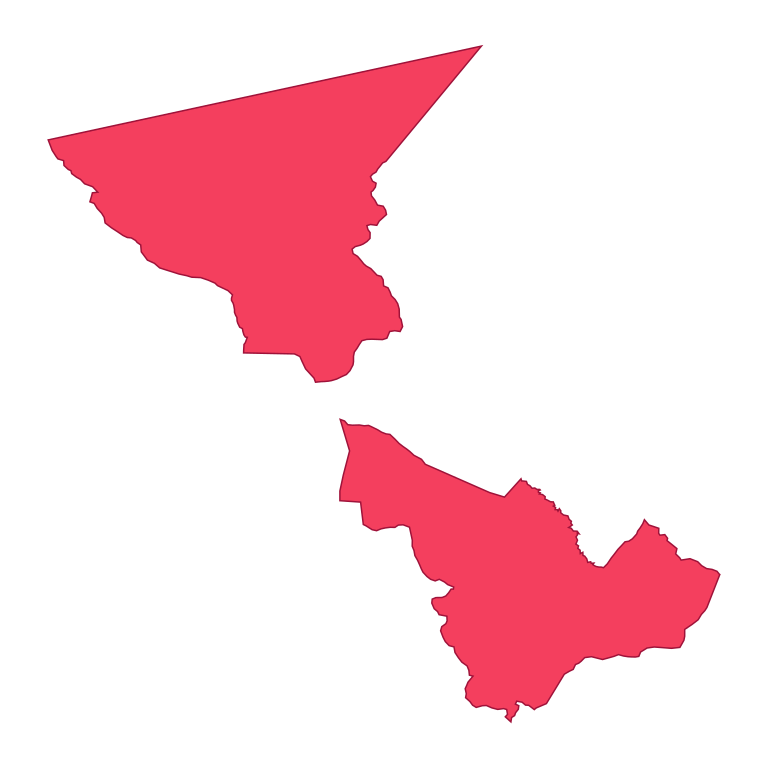 Wabag District, Enga, Papua New Guinea (orthographic projection)
{"feature_id": "67681753B54237044330512", "entity_name": "Wabag District", "entity_type": "district", "adm_level": 2, "iso_a3": "PNG", "parent_name": "Papua New Guinea", "parent_adm1": "Enga", "projection": "orthographic", "projection_center": [143.621, -5.349], "detail": "fine", "context": "isolated", "style": "filled", "palette": "rose", "viewbox_px": 768, "rotation_deg": 0, "n_neighbors": 0, "source": "geoboundaries", "source_scale": "gbopen_adm2", "svg_char_len": 4816}
<svg xmlns="http://www.w3.org/2000/svg" viewBox="0 0 768 768"><path d="M48.2,139.9L52.2,150.4L56.1,156.5L57.9,158.9L63.6,160.6L64.0,165.5L68.3,169.5L70.9,170.6L71.7,173.6L76.4,177.1L80.5,179.4L84.6,183.8L92.6,186.7L97.8,192.2L92.4,192.8L91.4,196.7L89.9,201.8L94.2,203.4L97.2,208.4L101.6,213.2L104.2,217.4L105.1,222.9L111.5,227.8L117.2,231.5L123.1,235.5L127.3,237.5L131.3,237.9L135.6,240.5L137.2,242.5L140.7,244.9L141.3,251.9L144.3,255.9L147.4,260.1L154.4,263.3L159.7,267.9L167.2,270.3L173.0,272.1L178.9,274.0L186.8,275.7L191.7,277.2L200.7,277.6L207.8,280.0L215.0,283.1L217.5,285.6L228.0,290.6L232.5,294.9L231.5,298.2L231.5,300.4L233.0,303.0L233.7,305.1L234.5,309.6L234.5,312.3L235.6,315.2L236.9,317.4L237.1,321.0L237.8,323.3L239.7,327.2L242.4,328.6L242.9,331.4L243.9,334.8L245.4,337.1L247.3,337.3L245.3,342.7L244.0,344.4L243.9,346.7L243.7,349.5L243.6,352.9L294.4,353.9L299.9,356.5L302.1,361.5L305.6,368.9L310.7,374.5L314.0,378.1L315.5,382.2L321.4,381.6L324.4,381.5L328.7,381.1L331.5,380.6L336.8,379.0L341.5,376.7L346.4,374.5L350.0,370.6L353.0,364.9L353.5,361.7L353.5,356.3L354.3,352.1L357.1,348.2L359.5,344.2L361.9,340.7L366.8,339.4L371.9,339.2L377.5,339.4L382.5,339.6L386.9,338.2L389.7,331.5L394.7,330.7L400.1,331.5L402.6,326.6L401.1,319.5L399.4,317.1L399.3,313.1L399.2,309.1L397.7,303.7L395.1,299.5L391.4,295.8L390.1,292.1L388.0,287.8L383.6,285.9L383.1,279.7L381.2,276.4L377.0,275.2L374.6,272.6L370.8,268.6L366.3,266.1L363.7,263.8L361.1,260.5L357.5,256.3L353.1,253.6L352.1,249.1L355.2,246.6L360.4,245.2L363.2,244.0L367.0,241.5L370.0,238.4L370.1,232.6L367.9,229.5L366.9,225.6L370.5,224.5L376.8,225.3L379.2,221.1L386.5,214.5L385.6,210.2L383.2,206.2L377.5,205.1L374.7,199.9L371.5,195.9L371.0,192.1L373.1,190.4L375.4,187.1L376.1,183.2L372.5,181.2L370.4,176.7L372.5,174.2L376.0,172.1L377.8,168.9L380.2,166.0L382.6,162.9L385.9,161.4L481.4,46.1L48.2,139.9ZM340.2,419.4L349.6,450.9L343.3,475.1L339.9,491.0L339.9,500.7L360.6,502.1L363.3,524.5L366.0,525.8L372.1,529.7L376.6,530.7L380.9,528.9L385.4,527.9L390.2,527.3L394.9,527.4L398.3,525.1L403.1,524.8L409.5,527.2L410.8,533.2L412.3,540.2L412.2,546.2L414.0,550.5L414.9,555.6L417.6,560.3L419.9,565.4L421.3,568.8L423.0,572.2L427.0,576.5L430.6,579.3L435.2,580.9L439.3,579.3L444.5,582.0L447.7,584.6L453.7,587.0L453.4,589.1L451.1,589.1L448.7,592.7L445.8,596.0L442.1,597.5L435.9,597.6L432.2,599.1L431.8,603.1L434.2,608.7L437.6,611.6L439.1,614.7L446.9,616.2L447.1,620.8L445.9,623.7L441.8,626.6L440.6,630.8L443.1,637.3L445.3,641.6L449.1,645.6L454.0,646.9L455.0,652.5L458.4,657.7L461.9,662.2L467.1,665.9L468.9,670.4L469.4,675.2L473.0,676.1L468.0,682.2L466.7,685.4L465.2,688.7L466.3,693.7L465.6,697.7L469.9,701.5L472.6,705.2L476.2,707.4L482.4,705.7L486.4,705.5L491.9,707.9L497.7,709.4L503.6,708.6L506.7,709.5L507.5,714.4L505.3,716.8L510.9,721.9L511.6,717.5L514.6,715.6L515.6,712.7L518.3,709.3L518.8,705.7L515.4,704.1L516.7,701.2L522.1,702.2L525.5,705.1L528.7,705.3L534.3,709.6L536.3,707.9L546.4,703.6L564.3,674.2L569.2,671.3L573.2,669.4L575.5,664.5L578.7,663.2L581.2,661.2L584.7,657.6L591.5,656.7L602.6,659.5L611.3,657.1L614.1,656.3L618.5,654.6L623.5,656.0L628.0,656.7L631.5,656.9L635.4,657.0L638.8,656.4L640.6,652.0L647.1,648.0L654.3,647.0L671.5,648.3L679.9,647.4L683.9,640.3L684.7,636.3L684.7,629.4L692.1,624.4L698.2,619.7L701.4,614.4L704.8,610.7L706.9,607.5L719.8,574.5L719.4,574.3L717.0,571.3L712.1,569.4L706.6,568.6L701.7,565.7L697.7,561.7L690.0,558.7L681.1,560.1L679.7,557.8L675.7,553.9L676.9,548.6L672.0,544.6L667.0,540.6L667.6,538.3L664.8,534.6L660.0,535.2L658.7,533.4L658.8,528.3L653.5,526.5L648.9,525.0L644.4,519.7L642.8,523.7L640.2,527.8L637.7,531.1L636.7,534.0L632.4,538.8L628.8,541.2L625.0,541.8L621.7,545.4L618.0,549.3L613.9,554.7L611.4,557.8L607.3,563.9L603.5,567.7L601.3,567.1L599.1,567.1L596.1,566.5L594.2,565.6L592.8,564.6L593.9,563.1L591.2,563.3L590.7,561.8L587.7,562.4L586.8,558.9L584.7,556.1L583.0,555.5L582.8,552.3L580.3,553.6L580.1,550.2L577.8,548.4L578.5,545.9L575.9,544.1L577.5,540.2L576.0,536.9L577.5,534.8L577.3,533.2L579.0,533.7L577.2,531.2L573.3,531.0L571.3,528.3L568.7,527.5L570.9,526.0L572.3,525.0L570.8,523.2L571.4,521.3L569.1,519.3L567.9,515.9L563.5,515.0L560.7,512.7L560.8,510.8L559.3,508.7L558.0,511.1L557.3,509.7L555.1,509.6L555.6,507.5L553.4,506.1L554.8,505.3L554.2,504.1L553.3,501.9L550.6,501.8L547.4,500.1L544.9,499.0L545.2,496.7L542.6,494.6L539.3,493.9L540.2,492.8L538.4,492.2L538.4,490.6L540.2,490.0L539.7,489.4L536.9,489.4L534.8,488.0L532.1,488.3L529.9,485.7L527.5,484.4L526.4,481.4L523.9,481.1L521.6,480.9L521.0,478.8L504.5,497.1L489.7,492.6L425.3,464.3L421.5,459.3L413.9,455.3L409.7,451.4L406.6,449.0L403.0,446.5L399.0,443.4L394.9,439.1L389.9,434.4L386.0,433.9L381.6,432.2L377.9,429.9L371.2,426.6L368.5,425.4L364.3,425.8L359.4,425.0L352.5,425.2L347.8,424.7L344.6,421.0L340.2,419.4Z" fill="#f43f5e" stroke="#9f1239" stroke-width="1.5"/></svg>